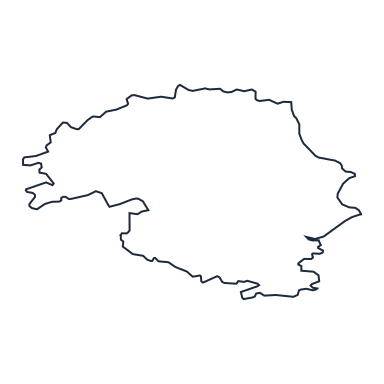 Perthshire and Kinross, Robinson projection
{"feature_id": "GBR-2018", "entity_name": "Perthshire and Kinross", "entity_type": "Unitary District", "adm_level": 1, "iso_a3": "GBR", "parent_name": "United Kingdom", "parent_adm1": "", "projection": "robinson", "projection_center": [-3.865, 56.538], "detail": "fine", "context": "isolated", "style": "outline", "palette": "slate", "viewbox_px": 384, "rotation_deg": 0, "n_neighbors": 0, "source": "natural_earth", "source_scale": "10m", "svg_char_len": 2723}
<svg xmlns="http://www.w3.org/2000/svg" viewBox="0 0 384 384"><path d="M361.0,214.4L359.9,214.5L352.0,217.1L345.0,221.0L323.7,236.5L315.1,239.0L306.3,236.9L308.7,239.4L312.3,240.4L318.8,240.4L318.8,240.9L319.3,241.9L320.8,245.1L318.1,246.9L318.1,248.0L323.0,250.6L322.7,252.6L319.6,253.8L313.0,253.4L312.1,254.1L312.9,257.7L311.2,259.0L304.1,258.9L298.3,263.4L298.3,264.5L301.4,266.1L301.3,270.7L313.5,271.7L318.5,275.3L319.2,281.3L311.7,284.2L310.6,285.6L312.8,287.7L317.2,288.5L316.4,289.3L312.9,290.3L306.4,288.8L301.1,289.5L299.0,290.3L297.7,294.9L293.4,296.8L275.9,295.0L264.3,295.6L259.8,292.8L256.1,293.6L254.8,296.5L252.9,297.4L243.5,299.1L242.2,297.6L240.9,292.0L257.4,286.3L259.1,285.1L257.6,283.7L247.3,280.8L244.0,281.9L238.3,281.1L236.5,283.7L224.5,283.0L222.3,282.0L219.4,277.2L217.1,276.2L203.7,282.3L203.0,282.6L201.3,281.3L200.9,276.2L199.9,275.5L192.7,276.7L186.8,271.5L175.4,267.0L168.4,262.2L158.5,261.3L155.1,257.9L153.8,258.2L152.3,260.9L150.8,261.0L147.4,259.8L143.1,255.8L132.8,254.1L122.8,246.6L123.3,241.6L120.9,239.6L120.8,235.5L119.7,235.1L120.9,235.0L121.8,233.3L126.8,233.4L128.3,232.1L129.6,230.3L129.5,213.1L137.5,214.2L141.9,211.5L148.3,210.2L142.9,201.3L138.2,198.7L138.0,198.8L136.2,198.5L131.9,199.4L119.8,204.1L109.5,206.8L108.4,205.3L101.8,193.2L95.9,191.2L87.9,195.1L71.5,198.8L69.1,199.1L65.5,196.8L62.9,196.9L61.2,198.1L61.3,200.4L59.4,201.6L52.1,201.8L45.0,203.9L37.0,209.3L32.0,208.1L29.5,206.2L29.4,204.1L35.0,196.9L34.9,194.9L34.3,194.3L32.7,192.9L27.2,192.0L25.8,190.4L26.0,189.9L26.1,189.3L46.1,182.4L50.2,184.2L52.5,185.1L53.7,183.5L48.5,176.9L46.1,173.8L45.0,173.6L39.5,172.6L39.4,169.5L41.7,167.5L41.1,163.6L38.4,162.8L30.6,165.4L23.1,164.9L23.0,159.3L24.3,157.4L36.0,156.0L48.1,151.6L45.8,147.4L46.6,145.4L50.7,142.4L49.8,135.2L55.3,133.0L56.8,129.2L63.0,122.5L67.0,122.9L71.0,127.2L76.6,129.1L78.8,129.1L87.6,120.1L90.1,118.4L90.7,117.7L93.1,116.5L100.0,117.1L106.1,111.7L116.3,109.6L126.9,105.3L128.1,103.8L126.6,99.1L131.6,95.4L134.4,95.1L147.7,98.6L161.1,96.7L172.7,98.5L174.8,97.4L176.0,89.7L178.1,86.0L180.0,84.9L188.6,90.0L192.7,90.9L205.2,88.4L209.3,89.4L220.1,88.8L223.3,91.4L227.3,92.4L231.5,92.0L236.7,89.5L244.3,91.2L251.8,89.5L255.6,91.7L255.5,98.9L257.0,100.2L259.7,101.0L269.1,99.8L277.6,103.7L283.4,101.8L291.2,102.1L291.8,109.8L294.2,116.3L296.3,118.2L299.3,124.3L299.3,129.3L299.3,133.8L301.7,140.0L303.5,143.4L309.8,149.9L315.2,155.6L318.5,157.5L324.4,158.6L330.7,159.8L334.9,160.5L340.2,163.2L341.7,165.5L342.1,168.5L345.7,171.6L350.7,172.0L354.9,173.9L354.9,176.2L349.3,178.1L343.0,183.8L337.7,193.7L337.4,197.5L342.2,204.4L349.4,207.4L355.1,207.8L356.1,208.4L358.7,210.1L360.8,213.5L361.0,214.4Z" fill="none" stroke="#1e293b" stroke-width="2"/></svg>